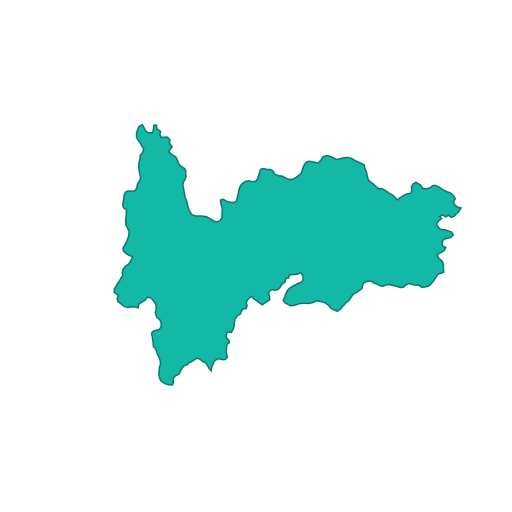 the district of Monjolos, Minas Gerais, Brazil, rotated 122°
{"feature_id": "56859067B56933655704963", "entity_name": "Monjolos", "entity_type": "district", "adm_level": 2, "iso_a3": "BRA", "parent_name": "Brazil", "parent_adm1": "Minas Gerais", "projection": "robinson", "projection_center": [-44.02, -18.393], "detail": "fine", "context": "isolated", "style": "filled", "palette": "teal", "viewbox_px": 512, "rotation_deg": 122, "n_neighbors": 0, "source": "geoboundaries", "source_scale": "gbopen_adm2", "svg_char_len": 5181}
<svg xmlns="http://www.w3.org/2000/svg" viewBox="0 0 512 512"><g transform="rotate(122 256 256)"><path d="M101.8,117.3L100.0,120.7L99.5,124.7L100.3,128.3L100.8,132.6L100.6,136.7L101.0,141.1L102.5,143.3L105.4,144.3L108.9,147.1L110.4,150.5L108.6,154.2L108.7,159.4L111.7,161.0L114.7,160.9L117.6,158.8L121.1,157.9L123.0,160.5L124.9,162.1L128.1,163.6L131.0,165.0L133.4,165.6L133.0,168.4L131.9,171.7L132.3,176.2L131.9,180.6L132.1,184.4L133.9,187.5L133.5,191.2L132.9,194.0L132.6,197.1L132.1,200.7L129.7,203.7L126.3,206.7L124.3,209.9L121.4,212.6L121.7,216.3L122.5,221.6L122.6,227.0L123.8,230.4L126.2,233.6L128.8,236.1L131.3,238.4L131.9,243.7L132.4,246.7L133.6,249.5L136.4,251.8L140.5,251.8L144.2,252.5L145.5,256.2L146.5,259.0L147.9,261.7L149.9,263.1L152.7,263.4L155.4,263.1L158.8,262.2L162.2,261.5L166.2,262.9L169.4,264.2L171.8,265.8L173.8,269.2L174.2,273.4L174.4,276.3L176.1,279.4L176.6,283.8L174.8,287.0L175.0,289.9L176.6,292.0L177.6,295.1L179.3,297.6L181.8,297.8L184.2,297.0L186.8,296.3L189.1,295.6L192.7,295.7L195.0,298.6L195.9,301.6L197.8,304.1L200.8,305.7L203.2,306.3L205.7,306.3L208.8,305.6L211.9,304.4L214.6,303.4L217.0,302.5L220.1,301.7L222.6,303.3L223.9,306.0L225.2,309.7L225.2,313.9L227.5,315.7L229.9,313.9L232.4,310.9L234.6,309.1L237.7,307.4L241.8,305.1L245.4,305.4L247.5,306.9L248.6,309.6L248.7,314.3L248.9,318.9L251.0,323.5L253.9,328.0L254.9,332.2L253.1,336.2L251.2,338.8L248.9,341.2L246.2,343.8L244.0,347.0L241.4,349.3L239.1,351.5L236.8,353.5L234.4,355.8L231.5,356.8L228.8,356.7L226.0,357.3L223.7,359.1L221.2,360.4L219.6,363.0L219.8,366.5L218.9,370.2L216.6,373.1L214.5,376.5L214.6,381.1L213.6,385.7L210.7,385.1L207.8,385.1L206.4,388.9L203.2,390.5L202.1,394.0L203.7,396.6L205.7,399.2L203.9,401.9L200.9,403.0L200.8,407.4L197.7,409.8L199.4,412.0L202.6,410.3L206.2,408.9L208.1,411.6L208.7,415.1L206.8,418.5L204.8,421.9L207.9,423.8L211.9,423.3L215.4,422.3L218.4,420.4L220.3,417.6L221.4,414.3L223.2,411.4L224.2,408.3L228.1,407.0L232.3,407.4L235.4,405.7L239.1,404.6L242.8,402.6L245.1,400.7L247.7,398.3L250.7,395.4L253.1,394.6L255.8,394.7L258.7,394.4L261.3,393.1L264.9,393.2L267.1,396.1L268.5,398.8L271.1,400.6L274.7,399.9L278.0,398.3L281.0,397.0L283.4,396.0L285.4,393.9L285.3,390.5L287.8,389.0L290.6,387.3L293.2,386.3L296.2,384.5L298.8,382.6L300.2,380.1L302.2,376.7L305.0,375.2L307.6,374.3L310.2,373.8L313.0,373.3L316.6,373.1L319.9,373.0L322.0,370.9L322.8,366.8L322.6,363.4L322.0,360.3L325.1,359.8L328.1,359.6L330.7,359.8L333.7,361.3L337.4,361.7L340.8,360.8L343.2,358.6L346.3,358.8L349.9,358.6L353.4,358.9L356.0,358.6L359.3,358.6L362.0,357.1L362.1,354.2L362.8,351.4L365.7,351.3L367.9,348.6L368.1,344.8L368.5,341.1L367.6,337.3L365.4,335.1L363.4,332.0L362.4,328.5L358.8,329.9L355.3,328.2L352.4,326.7L348.5,326.1L347.2,323.3L347.8,320.5L348.9,318.0L350.7,314.6L354.1,312.4L357.2,311.5L360.6,307.7L361.0,303.9L362.6,301.3L366.2,299.0L369.7,299.1L371.7,301.0L373.4,302.9L376.7,303.7L379.9,300.9L382.1,298.9L384.5,297.0L387.2,295.0L387.7,292.3L389.6,289.7L391.7,287.4L393.1,284.6L395.5,281.9L398.2,279.7L401.2,279.1L404.4,277.5L407.6,275.9L409.8,273.9L412.3,270.9L412.5,265.7L411.6,262.0L409.6,258.5L406.6,259.1L403.7,261.6L399.8,260.6L397.2,258.7L393.9,259.1L390.7,259.2L387.5,259.0L384.1,256.5L381.7,256.1L379.6,254.6L376.5,253.1L373.9,251.9L373.2,248.7L373.8,245.1L373.2,242.2L374.6,238.9L376.4,236.0L377.1,233.1L373.7,234.7L370.8,235.0L367.2,235.8L363.1,233.7L361.6,229.3L360.1,227.2L356.9,226.6L353.8,230.0L351.1,231.4L349.0,232.7L346.3,233.8L343.5,232.7L341.5,234.9L341.2,237.9L338.2,239.6L335.4,239.8L334.0,236.4L330.1,236.6L326.9,237.5L324.1,239.0L320.6,240.4L316.3,240.1L313.3,238.5L311.0,239.2L307.7,238.9L305.7,236.4L302.9,237.2L300.8,239.5L298.1,239.9L294.9,239.4L292.6,238.4L293.4,235.8L293.5,231.8L294.0,228.0L294.0,224.7L290.4,223.3L286.1,221.2L283.0,223.1L281.2,225.5L278.8,226.1L276.0,224.6L274.7,221.2L272.5,219.5L269.8,219.0L266.4,219.1L262.4,217.5L259.1,218.8L257.6,216.8L254.2,217.5L251.6,214.0L249.4,211.0L246.4,209.5L248.1,205.5L250.8,203.6L253.2,203.5L255.4,204.5L258.0,206.4L261.6,208.6L264.9,210.2L267.7,211.0L271.8,210.8L275.1,209.9L279.2,209.5L280.3,206.2L279.9,200.3L277.3,197.1L273.5,194.0L270.8,190.7L268.6,186.5L265.5,183.2L262.0,181.0L260.2,176.7L259.0,172.4L259.4,168.3L260.5,165.2L260.5,161.8L259.8,157.7L256.0,156.1L253.4,156.0L250.8,155.3L247.7,155.0L244.7,153.6L241.0,153.6L236.8,153.2L234.1,151.7L231.0,150.4L227.6,148.9L224.9,149.9L221.9,150.5L218.7,148.3L216.4,145.5L216.4,141.6L215.7,137.8L215.4,134.8L214.3,132.1L211.9,130.6L209.6,128.0L208.6,124.6L207.2,120.7L206.3,117.0L204.4,114.4L201.0,113.5L198.2,111.6L197.3,108.3L196.4,105.6L194.6,102.9L194.6,98.7L192.4,95.9L190.5,94.1L188.3,93.0L184.9,92.4L181.8,92.1L178.3,92.3L174.4,91.9L172.6,90.0L170.2,88.2L166.8,90.8L163.8,92.6L161.7,95.3L161.2,99.7L159.7,102.5L157.1,102.6L154.1,100.3L151.2,99.3L148.2,99.5L148.7,102.8L146.7,104.8L143.3,106.0L140.3,104.0L137.4,100.8L133.7,99.9L132.1,102.8L132.9,106.3L133.6,109.6L135.6,113.0L135.2,116.2L133.3,119.8L129.7,119.8L125.8,118.5L125.4,121.5L122.0,119.2L122.4,115.8L119.4,114.4L119.8,111.0L117.2,109.0L113.7,108.4L110.5,107.5L106.6,107.6L107.7,110.5L107.4,114.3L105.6,117.3L101.8,117.3Z" fill="#14b8a6" stroke="#0f766e" stroke-width="1.5"/></g></svg>